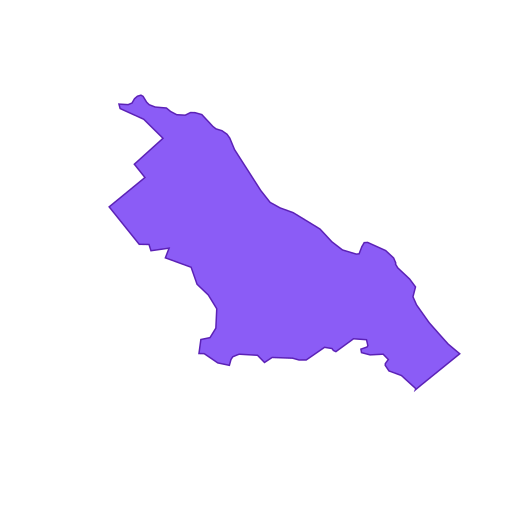 San Mateo, California, United States of America (Equal Earth projection), rotated 141°
{"feature_id": "52423323B75131784459442", "entity_name": "San Mateo", "entity_type": "district", "adm_level": 2, "iso_a3": "USA", "parent_name": "United States of America", "parent_adm1": "California", "projection": "equal_earth", "projection_center": [-122.339, 37.408], "detail": "fine", "context": "isolated", "style": "filled", "palette": "violet", "viewbox_px": 512, "rotation_deg": 141, "n_neighbors": 0, "source": "geoboundaries", "source_scale": "gbopen_adm2", "svg_char_len": 1405}
<svg xmlns="http://www.w3.org/2000/svg" viewBox="0 0 512 512"><g transform="rotate(141 256 256)"><path d="M339.4,338.6L331.9,332.3L334.3,326.2L318.6,316.8L327.6,311.6L313.5,288.1L319.6,271.1L317.6,255.7L319.7,239.7L332.6,225.2L343.1,221.5L351.4,225.8L361.7,216.1L357.7,212.7L353.0,197.0L345.5,187.8L340.6,191.3L337.5,192.3L333.4,191.1L330.9,190.3L317.3,177.9L316.4,167.9L307.3,167.0L291.9,153.6L288.0,148.1L282.4,143.6L260.2,141.9L255.2,136.3L255.3,133.9L254.1,131.4L232.3,130.3L222.8,121.4L225.5,115.9L227.0,115.4L233.1,117.6L234.8,114.5L229.6,107.4L219.0,99.7L218.3,92.3L223.2,91.0L224.4,89.7L225.0,83.0L218.2,71.6L215.3,52.3L216.3,51.7L209.1,51.8L201.5,51.8L159.2,51.8L162.1,66.6L162.8,81.0L163.4,95.3L162.0,117.0L159.7,125.5L151.5,131.6L151.1,141.4L153.3,157.6L152.7,161.8L151.8,162.6L150.3,167.8L151.8,178.6L160.7,196.3L163.5,198.3L167.1,196.9L167.6,196.8L174.5,192.8L176.9,194.4L185.0,206.3L188.1,219.3L189.3,236.7L199.8,266.2L207.0,278.2L211.3,288.8L211.1,303.9L209.3,320.0L205.7,352.3L202.2,364.1L201.9,368.9L203.6,374.8L207.1,380.0L208.0,383.9L209.1,400.0L213.2,405.8L216.6,408.7L222.4,410.0L228.7,415.7L231.4,422.0L232.5,427.4L240.6,435.2L243.8,440.8L244.2,444.3L243.3,451.1L244.2,453.4L247.6,454.8L251.4,454.7L256.1,452.9L260.1,454.1L266.9,460.3L268.8,456.1L257.2,432.9L254.2,406.0L292.8,403.9L292.9,386.9L339.2,386.6L339.4,338.6Z" fill="#8b5cf6" stroke="#5b21b6" stroke-width="1.5"/></g></svg>